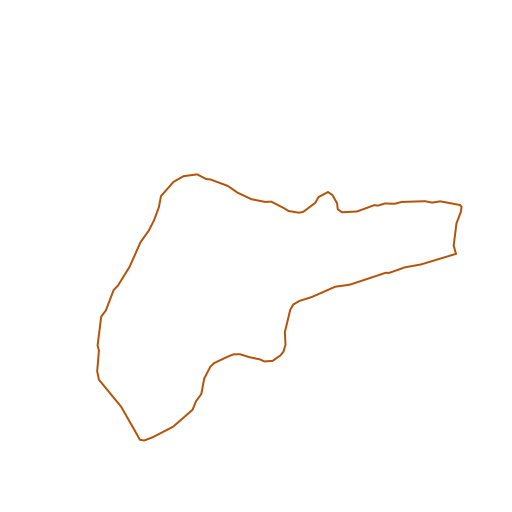 San Andrés Semetabaj, Sololá, Guatemala, rotated 57°
{"feature_id": "79465075B93234456554890", "entity_name": "San Andrés Semetabaj", "entity_type": "district", "adm_level": 2, "iso_a3": "GTM", "parent_name": "Guatemala", "parent_adm1": "Sololá", "projection": "mercator", "projection_center": [-91.099, 14.754], "detail": "fine", "context": "isolated", "style": "outline", "palette": "amber", "viewbox_px": 512, "rotation_deg": 57, "n_neighbors": 0, "source": "geoboundaries", "source_scale": "gbopen_adm2", "svg_char_len": 1152}
<svg xmlns="http://www.w3.org/2000/svg" viewBox="0 0 512 512"><g transform="rotate(57 256 256)"><path d="M241.6,160.8L240.6,171.4L243.7,177.3L244.7,192.3L243.1,196.4L236.0,204.2L231.3,206.4L218.7,213.6L215.6,218.9L205.9,228.9L192.8,237.0L181.9,241.5L167.0,252.5L164.3,255.9L155.5,260.9L149.6,273.3L148.9,284.8L154.0,303.1L162.1,310.8L170.4,321.9L176.3,332.1L181.5,345.3L196.1,367.7L205.6,387.9L207.0,393.9L219.9,411.6L222.5,418.8L244.8,437.6L249.7,439.2L266.2,452.0L274.2,455.1L309.1,451.2L346.9,453.4L349.8,450.3L351.7,441.7L354.0,418.4L350.4,393.0L345.0,385.2L342.0,377.1L330.5,366.1L324.0,354.6L323.0,349.5L325.0,334.6L326.2,328.5L329.7,322.9L337.2,316.7L345.0,308.9L348.9,306.5L353.0,299.3L352.7,289.7L351.1,285.0L346.5,279.6L335.5,273.2L319.7,256.5L317.0,251.2L317.3,244.1L320.8,231.4L324.9,206.3L331.1,193.1L340.7,156.4L342.7,153.5L346.6,137.3L352.9,122.3L363.1,87.1L355.0,84.6L337.8,70.1L330.5,60.1L326.8,56.9L324.4,57.1L310.5,71.7L307.1,79.3L302.1,84.4L290.1,104.2L287.7,111.3L282.2,119.2L280.1,126.4L277.8,129.0L273.7,147.0L266.2,160.0L261.4,162.0L256.0,159.3L246.4,158.7L241.6,160.8Z" fill="none" stroke="#b45309" stroke-width="2"/></g></svg>